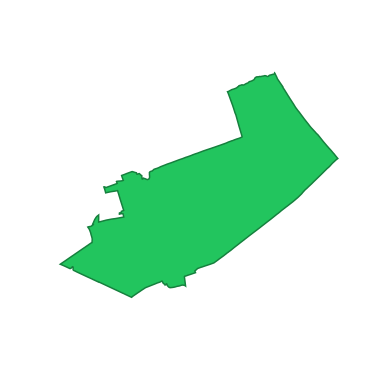 Valcele, Olt, Romania, rotated 340°
{"feature_id": "2599482B83883169755086", "entity_name": "Valcele", "entity_type": "district", "adm_level": 2, "iso_a3": "ROU", "parent_name": "Romania", "parent_adm1": "Olt", "projection": "equal_earth", "projection_center": [24.572, 44.303], "detail": "fine", "context": "isolated", "style": "filled", "palette": "green", "viewbox_px": 384, "rotation_deg": 340, "n_neighbors": 0, "source": "geoboundaries", "source_scale": "gbopen_adm2", "svg_char_len": 5826}
<svg xmlns="http://www.w3.org/2000/svg" viewBox="0 0 384 384"><g transform="rotate(340 192 192)"><path d="M269.5,240.1L275.1,238.3L276.8,237.8L280.5,236.6L283.6,235.6L289.5,233.4L291.1,232.7L294.4,231.2L295.9,230.3L297.8,229.3L299.1,228.6L301.0,227.9L303.4,226.8L307.2,225.2L310.0,223.9L310.9,223.5L319.6,219.6L322.0,218.5L323.7,217.7L325.9,216.7L326.9,216.2L328.9,215.5L330.2,214.9L331.9,214.0L333.4,213.2L334.5,212.7L336.7,211.8L338.0,211.2L340.5,210.4L340.1,209.4L339.1,206.5L338.6,204.9L338.2,204.0L337.9,203.2L337.6,202.4L337.0,200.7L336.6,199.7L335.5,197.1L335.1,196.0L334.8,195.3L332.7,189.7L330.6,183.4L329.8,181.1L329.2,180.0L329.0,179.6L328.8,179.2L328.3,177.8L327.7,176.4L326.4,173.3L326.0,172.4L325.4,170.7L325.1,169.8L324.5,167.8L324.0,166.4L322.3,161.2L322.0,160.1L320.4,154.8L320.1,153.7L319.4,151.8L319.0,150.5L318.5,148.7L318.4,148.6L318.1,147.3L317.6,144.7L317.0,142.1L316.6,140.3L315.9,137.4L315.5,135.3L315.3,134.7L315.0,133.1L314.7,131.6L314.5,130.7L314.3,129.9L313.9,127.8L313.3,125.4L313.1,124.1L313.3,124.1L313.0,122.8L312.1,119.4L311.9,118.5L311.6,117.3L311.2,115.8L311.0,115.0L310.9,112.7L310.6,110.2L310.5,108.9L310.3,108.4L310.0,108.8L309.7,109.1L309.1,109.3L308.9,109.3L308.7,109.3L308.2,109.1L307.9,109.0L306.4,109.0L305.4,108.8L305.2,108.8L304.3,108.9L303.8,109.1L303.6,109.3L303.4,109.4L302.9,109.4L302.3,109.2L301.9,108.9L301.7,108.6L301.4,108.3L301.2,108.1L300.9,107.9L300.0,107.5L299.1,107.5L298.1,107.3L296.9,107.1L296.6,107.1L296.2,107.1L295.4,106.7L294.7,106.5L294.0,106.5L293.6,106.4L292.7,106.1L292.0,105.9L291.4,106.0L290.9,106.1L290.5,106.2L289.9,106.6L289.3,107.2L288.9,107.5L288.3,107.8L288.0,107.8L286.5,108.0L285.7,108.1L285.0,108.0L284.4,108.0L283.8,107.9L283.5,107.9L283.1,108.1L282.5,108.4L282.1,108.5L281.5,108.7L281.1,108.7L280.6,108.6L279.7,108.7L278.2,109.0L277.1,109.1L276.6,109.0L276.3,108.9L276.1,108.7L275.8,108.4L275.5,108.3L275.2,108.4L272.9,108.2L272.2,108.3L271.8,108.7L271.7,108.8L271.1,108.8L270.7,108.9L270.1,109.2L269.8,109.3L269.4,109.4L268.0,109.5L267.0,109.5L265.9,109.5L265.0,109.4L264.4,109.4L264.1,109.4L263.1,109.6L262.2,109.7L260.5,110.0L259.7,109.9L259.8,111.9L259.8,117.2L259.8,120.6L259.8,124.4L259.7,128.1L259.6,130.4L259.5,132.2L259.6,134.6L258.7,146.0L258.1,156.1L258.0,157.3L257.5,157.4L256.7,157.5L255.9,157.6L253.8,157.6L252.2,157.5L249.6,157.5L247.9,157.6L246.7,157.5L242.9,157.5L242.3,157.6L240.6,157.7L229.2,157.6L224.4,157.5L221.1,157.4L216.5,157.3L210.5,157.4L208.4,157.3L205.6,157.3L203.9,157.4L201.6,157.4L199.7,157.4L198.3,157.3L194.5,157.4L191.2,157.3L182.2,157.4L178.3,157.3L175.5,157.4L170.6,157.5L170.4,157.6L169.7,157.7L167.3,157.8L165.4,157.7L164.3,157.7L164.0,157.7L162.9,158.2L162.6,158.3L161.8,158.6L161.2,158.6L160.6,158.5L159.5,158.6L159.0,158.9L158.7,159.1L158.5,159.4L158.4,159.9L158.2,160.5L157.9,161.2L157.8,161.8L157.5,162.8L157.3,163.3L156.9,164.2L156.5,164.5L155.9,165.0L155.7,165.1L154.3,165.1L154.1,165.0L153.8,164.7L152.4,163.4L151.7,162.9L151.2,162.4L150.9,162.6L150.7,162.5L150.4,162.7L150.3,162.8L150.2,162.7L150.0,162.8L149.9,162.8L149.7,162.8L149.6,162.5L150.3,159.6L150.4,159.4L150.3,159.2L150.2,159.1L149.7,158.7L149.5,158.3L149.5,158.1L149.1,157.3L148.9,156.9L148.7,156.6L147.2,156.6L146.9,156.6L146.7,156.6L146.4,156.5L146.4,156.1L146.4,155.2L146.3,154.9L146.2,154.9L142.9,152.4L142.6,152.3L141.6,152.3L136.9,152.3L134.9,152.4L131.5,152.4L131.4,155.0L131.4,157.6L129.9,157.5L129.3,157.4L128.2,157.1L126.5,156.6L124.9,156.2L124.6,156.3L124.7,158.1L124.7,158.3L124.2,158.4L114.3,158.4L113.1,158.4L112.6,158.3L112.4,158.2L112.2,158.1L111.9,157.4L111.5,157.2L110.9,157.1L110.9,159.1L110.8,161.0L110.6,163.3L112.4,163.5L115.9,164.0L121.5,165.1L121.9,165.1L122.3,165.1L122.5,165.2L122.6,165.3L122.5,165.7L122.5,166.0L122.4,166.8L122.4,168.1L122.3,169.6L122.0,174.6L121.9,177.0L121.7,181.9L121.5,186.0L119.3,186.0L119.0,186.0L118.7,186.6L118.5,186.9L118.2,187.1L117.6,187.1L116.8,187.1L116.7,187.0L116.5,187.4L116.1,187.8L116.2,188.0L117.7,188.1L118.7,188.4L119.7,188.8L119.6,190.2L119.5,190.9L119.3,192.2L111.0,190.8L107.4,190.0L104.3,189.5L101.8,189.1L95.2,188.5L94.0,188.3L94.3,187.5L94.6,186.7L95.3,184.9L96.0,182.9L96.2,182.2L96.4,181.7L94.8,182.2L93.9,182.6L93.1,183.1L92.2,183.8L91.3,184.5L90.6,185.2L89.0,186.9L88.9,187.1L88.5,187.4L87.7,188.2L88.0,188.4L88.2,188.7L88.2,188.8L86.6,189.4L86.0,189.5L85.5,189.7L85.4,189.7L84.7,189.6L83.0,189.3L82.1,189.3L82.2,189.8L82.5,190.8L82.7,191.7L82.8,193.1L82.8,193.9L82.8,195.1L82.8,195.9L82.6,197.2L82.4,200.5L82.3,201.3L82.1,202.2L80.9,205.0L80.8,205.3L80.5,205.3L80.3,205.3L79.4,205.5L43.5,214.8L46.7,217.8L50.8,221.9L51.1,222.2L51.3,222.3L51.7,222.3L52.1,222.3L53.1,221.9L53.9,221.4L54.3,221.4L54.4,221.5L54.5,221.7L54.5,222.0L54.5,222.5L53.9,223.7L53.8,224.1L53.7,224.4L53.8,224.9L54.0,225.2L55.7,226.9L55.9,227.2L62.9,234.2L73.3,244.6L73.4,244.4L99.2,270.3L100.8,269.7L106.9,268.1L108.3,267.8L110.5,267.2L115.6,266.0L126.5,265.7L128.5,265.6L130.1,265.7L131.0,265.7L131.8,265.6L133.3,265.4L133.6,266.2L133.7,267.4L133.7,267.8L133.8,268.1L134.7,269.3L134.9,269.5L134.9,270.2L136.2,269.8L136.7,269.6L136.9,269.8L136.9,270.3L136.7,270.8L136.8,271.4L137.1,272.1L137.2,272.5L137.7,273.5L138.2,274.0L138.5,274.3L139.3,274.6L141.4,275.1L142.5,275.3L143.3,275.4L144.3,275.5L145.3,275.5L148.2,276.0L149.9,276.0L150.7,276.1L151.5,276.3L152.6,276.9L153.1,277.3L153.6,277.8L153.8,278.1L155.6,270.2L155.8,269.3L156.0,268.9L156.2,268.7L157.6,268.8L158.8,268.8L159.8,268.8L162.6,268.9L167.7,269.0L167.6,267.2L169.3,266.6L171.1,265.8L174.8,265.8L175.9,265.9L177.7,265.9L184.4,266.1L188.0,266.1L188.4,266.1L196.5,263.7L199.7,262.8L204.5,261.2L205.4,261.0L206.8,260.5L208.1,260.2L212.3,258.7L231.1,252.6L242.4,249.1L247.6,247.4L253.8,245.4L256.7,244.5L264.6,241.8L265.7,241.5L267.1,241.0L268.5,240.5L269.5,240.1Z" fill="#22c55e" stroke="#15803d" stroke-width="1.5"/></g></svg>